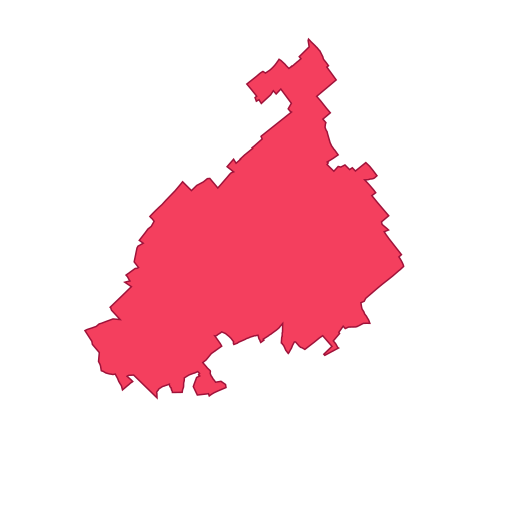 Yaxcabá, Yucatán, Mexico, rotated 225°
{"feature_id": "50627088B72724405563530", "entity_name": "Yaxcabá", "entity_type": "district", "adm_level": 2, "iso_a3": "MEX", "parent_name": "Mexico", "parent_adm1": "Yucatán", "projection": "albers", "projection_center": [-88.743, 20.484], "detail": "fine", "context": "isolated", "style": "filled", "palette": "rose", "viewbox_px": 512, "rotation_deg": 225, "n_neighbors": 0, "source": "geoboundaries", "source_scale": "gbopen_adm2", "svg_char_len": 6073}
<svg xmlns="http://www.w3.org/2000/svg" viewBox="0 0 512 512"><g transform="rotate(225 256 256)"><path d="M132.6,249.3L133.5,249.1L137.2,250.2L138.4,250.4L141.3,250.6L142.1,260.3L143.5,260.6L144.7,268.0L141.6,267.8L140.3,271.2L135.2,276.5L135.1,277.0L134.7,277.4L133.8,280.0L132.5,284.2L130.2,286.7L127.9,288.9L130.4,290.1L131.8,290.6L133.0,290.8L135.3,291.5L138.1,291.8L140.3,292.8L143.5,293.5L145.0,294.4L148.8,297.1L147.5,300.5L148.5,303.6L147.4,318.4L146.8,325.0L145.8,333.2L145.2,338.5L144.6,346.9L144.4,348.3L144.2,353.0L145.3,353.7L146.7,354.3L148.3,354.9L151.8,355.9L154.3,356.4L154.2,358.1L154.1,359.8L174.5,362.3L176.2,362.6L178.9,363.0L182.5,363.8L180.7,368.1L183.1,368.0L185.5,367.8L187.6,367.6L189.2,367.5L191.4,368.9L190.6,378.3L208.1,379.7L216.8,380.6L216.1,385.4L219.4,385.9L225.9,386.4L233.0,386.7L230.7,389.2L229.6,391.3L229.1,391.8L228.0,393.3L227.4,394.9L227.2,398.3L234.2,399.3L239.0,399.8L244.4,399.7L245.1,393.2L245.8,386.4L250.3,386.5L250.9,383.3L257.5,383.3L258.9,378.9L261.2,377.4L260.9,371.0L270.4,370.9L270.8,372.9L272.1,372.8L270.5,379.6L269.4,385.6L275.6,386.6L276.1,386.5L278.5,387.0L280.4,387.3L280.9,387.5L283.9,388.6L285.3,389.4L286.2,389.9L288.2,391.0L289.6,391.8L291.6,392.9L293.7,394.2L295.2,394.5L296.7,395.1L298.3,395.9L299.1,397.0L300.3,398.5L300.5,399.0L300.8,399.7L303.2,399.9L305.5,400.1L304.7,409.8L310.8,410.3L320.1,411.4L326.0,411.8L323.8,437.2L339.5,439.7L339.3,441.8L343.3,442.4L346.9,442.8L347.4,442.9L348.1,443.2L349.6,444.1L350.8,444.5L352.6,445.1L354.1,445.6L355.9,446.2L357.5,446.2L359.0,446.4L359.6,446.4L360.0,446.5L360.6,446.5L361.7,446.4L362.3,446.5L368.9,446.4L370.5,446.5L371.7,446.5L372.2,446.5L371.5,445.2L366.3,441.5L366.4,427.5L365.6,427.4L364.5,427.4L363.7,427.3L363.7,426.6L363.8,426.0L363.9,424.0L364.1,422.3L364.2,421.6L364.2,420.4L364.4,418.8L364.4,417.7L364.7,415.3L365.0,415.4L365.2,412.9L365.4,411.9L366.4,411.9L369.2,411.9L370.1,412.0L371.1,412.1L373.7,412.0L376.5,411.9L377.9,411.6L378.8,411.4L378.4,409.5L378.3,408.6L378.0,407.2L377.6,404.1L377.5,401.8L377.5,400.7L377.5,399.2L377.7,396.9L377.9,395.9L378.7,392.0L379.1,392.0L379.4,391.9L381.6,391.4L381.8,390.8L382.2,388.9L382.4,387.4L382.8,382.4L383.3,378.2L383.5,376.2L383.8,374.0L383.8,373.6L384.1,371.1L376.4,370.4L368.5,369.5L368.7,367.3L367.1,366.6L365.2,365.7L364.4,368.6L360.1,367.6L359.6,380.3L359.9,381.8L360.6,385.1L356.3,384.8L356.5,391.6L339.0,389.0L337.3,382.8L334.1,382.5L332.7,382.9L334.6,366.1L337.1,344.2L334.4,343.1L335.1,332.1L335.4,329.8L334.4,329.7L335.5,319.5L335.7,313.3L335.3,313.3L335.7,307.5L340.3,308.6L339.6,298.7L331.3,299.7L332.1,297.9L332.4,297.0L332.4,296.3L332.4,295.2L332.0,290.8L331.8,287.6L331.3,281.0L331.1,277.1L343.5,278.2L345.1,276.3L345.6,271.2L347.8,264.0L347.9,256.6L360.4,256.6L360.0,252.8L359.6,248.3L359.3,244.6L359.3,243.0L359.1,231.8L358.8,225.8L359.0,222.0L359.1,217.3L359.1,213.1L359.0,208.9L357.4,208.8L355.9,208.9L352.6,208.5L351.0,202.9L351.5,198.7L350.8,194.1L349.6,184.5L344.8,185.3L346.4,179.5L345.8,177.5L338.0,165.7L330.9,164.8L331.0,164.3L331.3,163.5L331.9,162.5L332.6,161.8L334.4,150.6L332.6,150.5L332.4,150.5L332.1,150.4L331.3,150.2L329.4,149.6L327.5,149.2L328.3,147.9L328.9,147.0L330.2,144.7L322.4,146.2L322.5,142.7L322.6,132.1L322.9,116.6L322.0,116.6L320.5,115.8L319.8,115.5L307.1,115.0L312.6,110.4L313.8,107.8L315.8,103.5L317.7,99.2L318.9,97.0L319.2,93.2L321.1,89.2L323.0,85.5L323.6,84.2L324.2,82.3L311.7,79.6L309.2,77.8L298.5,76.9L292.8,70.1L289.5,69.0L288.2,68.3L284.3,65.5L283.3,65.9L282.7,66.3L279.5,67.1L276.2,69.0L274.5,70.3L273.8,70.7L273.3,71.1L272.0,73.0L269.9,72.3L267.4,71.6L264.4,70.3L262.1,69.7L260.4,69.3L259.6,69.1L259.3,69.0L255.7,66.9L255.3,71.8L255.3,72.1L255.0,75.1L254.9,77.5L254.5,79.2L254.4,80.1L256.8,80.1L258.5,80.0L261.8,79.8L262.1,79.7L262.2,80.1L261.6,81.7L258.3,85.3L225.7,85.7L229.1,88.9L229.6,89.1L229.9,89.4L230.0,89.5L230.1,90.0L230.3,91.0L230.3,91.9L230.7,93.0L230.5,94.4L230.3,95.2L230.2,95.7L230.2,95.9L230.1,96.2L230.1,96.3L229.7,97.9L229.4,98.4L229.0,99.0L228.8,99.6L228.4,100.4L228.2,100.8L227.7,101.7L227.6,102.1L227.2,102.8L227.0,103.3L226.7,103.9L226.6,103.7L226.4,103.6L226.2,103.7L225.4,103.3L225.1,103.1L224.1,102.7L223.4,102.7L223.2,102.7L222.9,102.8L222.2,102.2L221.7,102.2L221.3,101.8L221.2,101.6L220.3,101.3L219.6,101.2L219.2,100.9L218.8,100.6L218.6,100.4L218.4,100.6L211.8,107.4L213.2,109.3L214.0,110.9L214.4,111.8L215.1,112.7L217.4,115.1L218.6,117.1L219.7,118.3L220.5,119.1L220.3,120.1L219.4,123.9L219.0,125.1L217.3,128.8L216.6,130.0L215.5,133.1L214.4,133.0L212.9,133.1L212.7,131.4L212.1,131.3L211.0,131.4L212.1,128.1L209.4,122.2L208.0,119.3L199.2,116.2L193.4,123.5L192.3,125.0L190.1,124.0L189.8,126.0L189.5,127.5L188.9,129.8L187.5,133.6L184.2,141.8L186.7,143.6L190.2,143.0L190.6,142.8L191.3,142.9L192.2,142.6L195.3,138.2L197.8,138.6L199.3,138.7L201.4,139.3L203.2,139.6L205.4,140.6L206.6,142.1L207.4,142.5L211.3,142.4L212.9,142.6L218.3,143.0L217.8,147.2L218.6,155.4L216.5,168.0L219.4,168.8L228.6,170.4L228.3,170.6L227.5,172.2L227.6,172.4L227.5,172.9L227.5,173.3L226.7,176.7L226.6,178.1L222.8,179.6L218.1,180.1L215.3,180.1L211.1,179.5L210.7,178.7L210.3,178.3L209.9,178.1L209.1,177.8L207.5,181.3L207.4,182.5L204.6,189.7L204.4,190.8L203.9,191.8L203.4,192.7L202.8,194.4L202.3,195.4L201.3,197.2L200.9,198.2L200.5,198.7L200.0,199.2L199.3,200.4L198.6,201.4L196.8,200.4L196.2,200.0L195.2,199.5L193.6,199.2L193.4,199.0L193.0,198.8L192.9,198.7L191.5,198.2L190.9,202.1L192.1,202.3L190.7,208.6L190.7,209.7L190.3,210.8L190.2,211.2L190.1,212.2L189.6,215.4L189.2,217.9L189.0,220.0L188.9,221.9L189.2,223.4L189.2,223.9L189.4,227.1L183.3,220.8L183.1,220.1L181.4,218.5L181.4,218.3L180.7,217.9L180.5,216.9L176.6,212.4L175.6,212.7L174.9,212.3L173.4,212.3L171.6,211.7L168.3,210.4L164.3,209.9L164.4,211.0L165.3,214.0L165.7,215.7L166.0,216.5L166.9,218.4L168.1,222.3L167.4,223.1L167.0,223.2L161.7,222.8L160.3,223.0L160.0,222.9L158.5,223.7L155.4,224.5L153.9,236.1L153.3,242.0L153.3,242.4L153.2,242.8L153.1,243.7L153.0,244.1L152.9,244.5L152.5,246.8L138.4,245.8L138.6,234.5L137.1,234.4L132.6,249.3Z" fill="#f43f5e" stroke="#9f1239" stroke-width="1.5"/></g></svg>